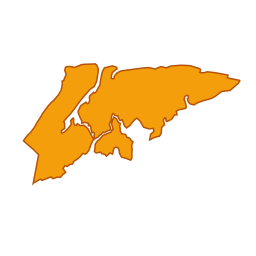 Sitka, Alaska, United States of America (Natural Earth projection), rotated 282°
{"feature_id": "52423323B81884314913913", "entity_name": "Sitka", "entity_type": "district", "adm_level": 2, "iso_a3": "USA", "parent_name": "United States of America", "parent_adm1": "Alaska", "projection": "natural_earth1", "projection_center": [-135.379, 57.084], "detail": "fine", "context": "isolated", "style": "filled", "palette": "amber", "viewbox_px": 256, "rotation_deg": 282, "n_neighbors": 0, "source": "geoboundaries", "source_scale": "gbopen_adm2", "svg_char_len": 3868}
<svg xmlns="http://www.w3.org/2000/svg" viewBox="0 0 256 256"><g transform="rotate(282 128 128)"><path d="M200.5,214.8L200.5,211.2L200.2,201.4L199.5,194.2L198.6,192.0L198.3,191.7L197.9,190.8L197.4,188.5L197.3,186.7L199.9,186.9L200.4,186.7L201.0,185.3L201.9,176.2L201.5,173.1L200.3,166.3L197.8,158.0L196.9,155.8L194.8,153.0L195.0,147.6L193.0,144.5L191.3,142.4L191.4,140.3L191.4,135.8L189.9,130.5L182.6,109.9L181.5,108.1L179.4,105.6L175.8,103.9L173.7,104.0L173.2,103.7L173.0,103.3L173.1,101.7L173.3,101.2L175.8,101.0L178.9,101.1L183.1,104.3L183.6,105.0L185.0,104.3L185.5,99.8L181.9,92.4L178.2,91.3L175.4,91.1L167.0,91.3L165.9,91.5L163.8,91.4L156.9,89.3L155.8,88.6L155.1,87.6L155.7,86.9L151.6,83.9L150.1,83.8L148.5,84.4L146.9,84.7L144.2,84.4L143.3,83.2L144.4,81.7L144.5,81.5L142.1,79.1L140.0,77.2L139.3,76.9L134.0,75.7L131.9,76.5L127.9,79.2L125.0,81.6L123.1,81.7L124.5,84.7L124.3,88.1L123.8,88.5L122.5,88.5L122.3,88.6L122.0,88.9L121.9,89.1L122.0,89.3L122.3,89.4L122.5,89.5L122.6,90.6L121.2,91.6L120.0,91.7L118.4,92.4L116.6,93.5L115.9,93.6L115.9,94.1L116.5,94.8L116.4,95.3L116.2,95.7L115.4,96.5L113.8,96.3L111.4,97.0L110.8,97.5L110.7,98.1L111.6,98.9L112.5,100.3L115.5,102.1L115.6,102.7L116.1,103.1L118.6,104.2L118.7,105.0L118.4,105.3L118.6,105.9L121.4,109.2L122.0,110.4L122.0,110.6L122.7,111.5L126.2,110.0L126.9,109.3L129.0,109.0L129.7,109.1L131.5,109.9L133.1,110.0L134.3,109.6L135.1,109.5L138.4,109.9L139.1,110.4L138.8,111.5L137.9,112.1L137.5,114.5L137.9,115.4L135.6,116.8L133.7,118.6L134.8,120.7L129.1,124.3L127.7,126.6L130.7,129.2L137.0,132.4L139.5,134.6L137.5,138.1L132.0,143.1L131.5,148.9L132.9,152.9L129.9,154.0L126.6,151.4L120.9,151.7L124.2,155.7L126.6,160.6L129.9,161.6L135.7,160.8L138.8,163.0L143.2,160.9L145.6,162.0L145.6,163.0L144.3,163.3L142.5,164.1L142.6,164.7L143.6,166.5L146.2,169.2L150.4,170.7L151.1,173.2L154.5,171.8L156.9,174.6L156.8,175.0L159.0,180.0L159.4,180.5L160.7,180.5L161.7,180.3L163.8,179.4L166.3,178.1L166.9,177.1L169.5,177.0L171.1,177.3L172.0,178.6L172.2,180.0L170.6,180.7L169.6,180.6L169.0,180.0L167.1,180.9L165.6,182.1L164.6,183.5L164.3,186.6L164.5,188.0L164.8,188.2L167.4,191.2L170.2,195.7L174.1,203.2L176.6,206.3L183.1,211.9L184.3,215.2L185.9,220.0L194.5,226.5L197.2,227.5L197.7,227.4L197.8,227.1L197.7,214.8L200.5,214.8ZM54.1,46.8L54.7,47.2L59.3,52.5L59.7,53.4L58.9,54.7L61.7,59.2L64.2,62.7L62.8,65.0L65.2,69.1L65.9,72.4L69.2,74.0L71.5,76.3L75.1,72.8L78.0,74.3L77.8,76.7L80.5,79.0L81.2,81.2L84.0,82.0L87.9,85.6L89.9,87.1L93.8,89.1L93.5,91.5L94.2,92.6L98.3,94.5L104.6,95.3L108.6,96.3L109.4,97.0L113.1,93.9L119.0,88.9L121.6,84.2L120.4,80.8L121.7,77.6L119.8,77.0L119.8,75.2L121.3,74.1L122.3,73.6L124.9,73.0L125.6,73.1L126.3,72.3L125.0,71.2L123.3,70.4L121.2,71.3L119.4,71.6L113.7,68.7L110.6,66.5L110.0,65.6L109.4,64.0L111.7,63.5L114.5,66.2L119.4,65.0L121.2,63.8L126.0,66.4L129.3,68.5L136.2,71.9L141.8,74.3L148.8,77.7L157.9,82.9L161.1,85.9L161.5,86.3L162.1,86.5L167.1,87.6L177.4,87.1L179.8,86.5L182.9,84.5L183.9,82.7L181.2,72.0L180.3,69.3L176.0,63.0L176.3,60.4L175.7,56.5L175.0,54.7L174.2,54.2L171.0,54.2L168.1,56.1L167.1,56.4L163.8,55.6L160.9,55.1L160.1,53.7L158.9,54.3L154.3,54.8L150.9,54.7L146.0,53.1L139.7,49.7L137.3,47.8L133.4,45.5L124.8,41.6L118.2,39.4L114.8,38.0L109.2,36.3L102.7,33.2L100.5,31.5L95.5,29.0L93.6,28.5L87.0,40.5L83.3,46.1L54.1,46.8ZM97.5,110.7L96.0,112.8L99.9,115.6L99.2,118.3L102.6,118.3L105.8,118.7L106.9,121.0L105.7,123.4L101.4,125.0L98.1,127.8L97.9,132.3L97.1,137.3L99.7,138.0L104.2,137.0L107.3,136.6L112.0,135.2L115.6,135.8L116.2,134.0L118.3,131.9L118.7,129.1L121.2,126.8L121.1,123.1L123.7,120.8L125.6,120.6L127.8,119.6L130.9,119.5L131.2,117.7L134.6,114.8L135.7,111.8L132.7,111.2L129.0,110.9L126.0,112.5L123.7,113.7L120.1,111.9L119.2,110.3L115.5,105.1L110.5,102.2L109.2,100.9L105.2,99.3L101.8,99.8L97.9,100.1L97.0,102.0L98.7,106.3L97.4,107.8L97.5,110.7Z" fill="#f59e0b" stroke="#b45309" stroke-width="1.5"/></g></svg>